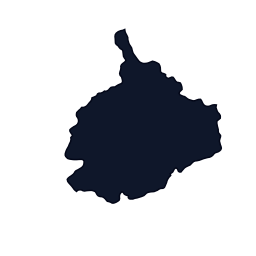 the district of Coronel Murta, Minas Gerais, Brazil, rotated 48°
{"feature_id": "56859067B86649493619329", "entity_name": "Coronel Murta", "entity_type": "district", "adm_level": 2, "iso_a3": "BRA", "parent_name": "Brazil", "parent_adm1": "Minas Gerais", "projection": "robinson", "projection_center": [-42.191, -16.603], "detail": "fine", "context": "isolated", "style": "filled", "palette": "ink", "viewbox_px": 256, "rotation_deg": 48, "n_neighbors": 0, "source": "geoboundaries", "source_scale": "gbopen_adm2", "svg_char_len": 3976}
<svg xmlns="http://www.w3.org/2000/svg" viewBox="0 0 256 256"><g transform="rotate(48 128 128)"><path d="M196.1,118.1L195.8,116.2L195.6,114.5L195.4,112.8L195.6,111.1L196.2,108.9L197.0,106.5L196.8,103.8L196.8,101.6L197.4,100.1L198.4,98.7L199.6,96.6L200.5,94.4L201.0,93.0L201.6,91.7L202.4,90.1L203.3,88.4L204.3,86.8L204.8,85.3L205.0,83.4L204.7,81.7L204.7,79.9L205.3,78.5L206.0,76.9L206.3,75.1L206.2,73.5L205.4,72.1L203.8,71.2L202.4,70.7L200.7,69.8L198.8,68.8L197.5,67.0L196.4,65.1L195.4,64.2L193.8,64.1L191.9,63.9L190.5,62.9L189.5,62.0L188.2,61.3L186.8,60.6L185.3,59.7L183.7,58.7L182.3,57.2L182.4,54.9L182.5,53.0L181.5,51.9L180.4,51.1L178.5,50.7L176.8,50.8L175.3,50.5L173.3,49.7L171.5,48.9L170.0,46.9L168.7,48.1L167.6,49.6L167.0,50.9L166.6,52.2L165.8,53.7L164.7,54.9L163.1,55.9L161.3,56.2L159.9,56.0L158.5,55.6L156.9,55.1L155.3,54.9L154.1,56.2L153.2,58.1L152.4,60.2L151.2,61.6L149.2,62.8L147.5,63.8L146.0,64.3L144.2,64.6L142.6,64.9L141.3,65.8L139.8,66.5L138.2,67.2L136.4,66.9L135.6,65.3L135.6,63.6L135.5,62.0L133.7,60.6L131.6,59.6L129.6,59.0L128.0,60.0L126.7,61.1L125.1,61.2L123.7,61.0L122.1,60.7L120.5,60.6L119.5,61.4L119.0,62.8L118.1,65.0L116.2,65.7L114.7,65.5L113.4,64.3L111.6,65.0L109.9,66.1L107.9,66.2L106.2,64.8L104.6,63.5L103.0,62.7L101.0,62.2L98.9,62.9L96.8,63.8L94.8,65.1L93.9,67.5L93.3,69.2L92.5,70.7L91.2,72.5L90.0,73.7L88.5,74.5L86.8,75.1L85.5,75.2L84.2,75.1L82.8,75.0L81.1,74.8L78.4,74.5L77.1,74.4L75.6,74.1L74.2,73.5L72.8,72.8L71.0,71.8L69.0,71.4L67.3,71.2L65.5,70.7L64.4,70.1L63.1,69.5L61.8,68.7L60.7,67.7L59.4,67.2L57.6,66.7L55.9,66.3L54.2,65.6L52.6,64.5L52.0,66.4L50.8,68.4L49.9,70.8L49.7,73.3L50.2,75.1L51.4,76.5L53.2,77.8L54.9,79.2L56.5,80.5L58.2,80.8L59.7,80.4L61.0,80.4L62.2,80.6L63.9,80.6L66.0,79.9L67.4,80.3L68.5,81.1L69.8,82.0L71.8,83.4L73.7,83.8L75.1,83.9L76.4,84.3L76.8,86.3L76.6,88.6L76.6,90.4L77.3,92.0L78.6,93.0L79.9,94.6L80.8,96.2L82.0,97.8L83.7,98.6L85.6,98.5L88.0,99.7L89.8,100.8L90.7,102.8L90.0,104.7L89.4,106.5L89.0,108.6L88.8,110.2L87.4,111.9L86.5,113.4L86.5,115.3L86.8,117.0L86.5,118.6L85.9,120.0L84.8,120.8L84.7,122.7L84.0,124.8L82.7,126.2L82.3,127.8L83.1,129.7L82.6,131.6L82.1,133.1L81.5,134.5L82.7,136.1L83.2,137.8L83.4,139.9L83.8,142.1L84.0,144.2L83.3,146.8L81.7,148.7L82.1,150.6L82.0,152.4L82.1,154.2L82.2,155.7L83.0,156.8L83.9,157.7L85.1,158.3L86.8,158.5L88.2,159.0L89.3,159.7L90.5,160.9L91.4,163.0L91.4,165.1L90.8,167.4L90.4,170.3L90.4,172.2L91.3,173.2L93.3,173.7L95.5,173.9L96.7,174.6L96.8,176.8L98.5,178.1L99.8,179.9L100.5,181.7L101.1,183.0L101.8,184.3L102.4,186.1L103.0,187.9L103.7,189.4L104.5,190.8L105.2,191.9L106.3,192.9L107.5,193.3L109.2,193.3L110.5,193.1L112.1,192.1L113.4,191.0L114.8,189.8L116.2,188.3L117.5,186.8L118.7,185.2L120.2,183.5L121.6,182.6L123.1,182.7L124.5,184.0L125.6,185.3L126.3,187.0L126.4,189.0L126.1,190.5L125.8,192.1L125.5,193.5L125.0,195.1L125.0,196.5L125.5,197.9L125.8,199.6L125.6,202.0L125.3,204.1L125.2,205.8L125.5,207.5L127.3,208.5L128.8,208.7L131.2,208.7L133.6,208.7L135.9,208.9L137.6,209.1L139.0,209.0L140.7,208.7L140.6,207.0L141.4,205.6L142.7,204.1L144.5,203.4L145.7,202.5L146.7,200.9L148.2,198.9L149.1,197.8L150.3,196.5L151.8,195.6L153.2,194.9L154.6,195.0L155.9,195.4L157.3,195.6L158.6,195.5L160.1,194.7L161.5,193.4L163.0,192.6L165.2,192.3L167.1,192.4L168.6,192.4L170.0,191.4L171.4,190.6L173.2,190.0L174.3,188.7L175.1,186.7L175.6,184.4L175.7,182.9L174.8,181.5L173.3,180.4L171.9,178.8L171.3,176.8L171.3,175.1L172.9,174.7L174.6,175.0L176.0,174.6L177.4,173.9L178.6,173.0L180.0,174.4L181.5,174.4L182.6,173.5L184.0,171.9L184.8,169.9L186.0,168.0L187.1,165.6L187.9,163.9L188.8,161.4L188.8,159.4L188.7,157.7L189.4,155.8L190.7,153.7L191.8,152.3L192.7,151.1L193.3,149.4L193.9,147.8L194.1,146.1L194.7,144.2L196.2,142.4L196.5,140.8L195.9,139.3L195.1,137.6L194.3,135.9L193.2,134.2L192.5,132.4L192.0,130.6L191.8,128.0L190.2,127.2L190.5,125.7L190.6,124.2L190.1,122.8L189.4,121.0L189.6,119.0L191.4,118.6L192.8,119.1L194.0,119.5L195.2,119.1L196.1,118.1Z" fill="#0f172a" stroke="#020617" stroke-width="1.5"/></g></svg>